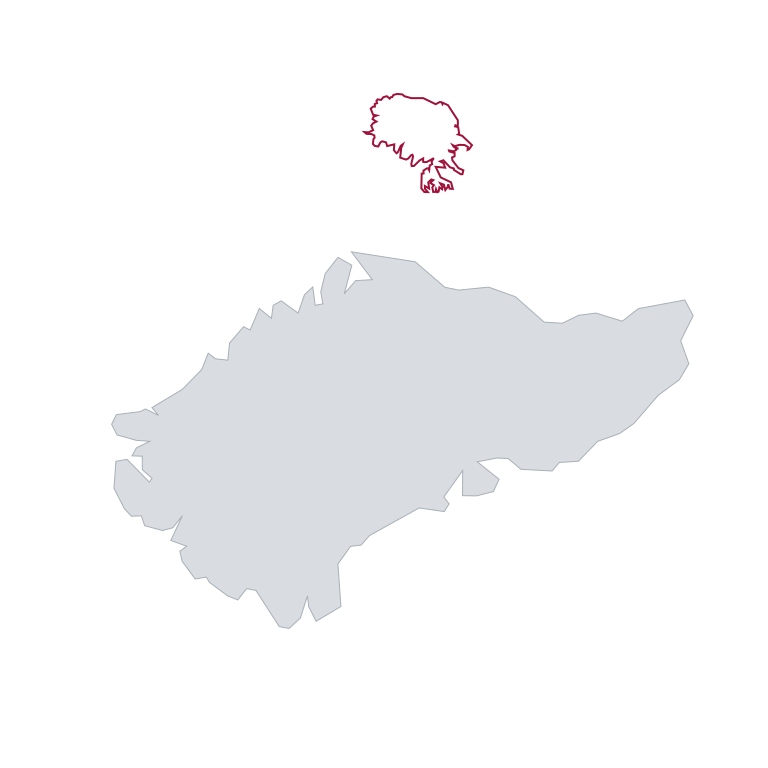 Iceland highlighted among its neighbors, rotated 225°
{"feature_id": "ISL", "entity_name": "Iceland", "entity_type": "country or territory", "adm_level": 0, "iso_a3": "ISL", "parent_name": "Europe", "parent_adm1": "", "projection": "orthographic", "projection_center": [-19.868, 64.966], "detail": "medium", "context": "with_neighbors", "style": "outline", "palette": "rose", "viewbox_px": 768, "rotation_deg": 225, "n_neighbors": 1, "source": "natural_earth", "source_scale": "50m", "svg_char_len": 3324}
<svg xmlns="http://www.w3.org/2000/svg" viewBox="0 0 768 768"><g transform="rotate(225 384 384)"><path d="M437.0,123.8L453.0,114.6L462.4,119.2L469.1,111.9L479.5,112.3L501.2,119.3L518.9,139.8L512.4,149.0L480.6,148.7L481.4,153.3L494.2,152.5L503.9,162.0L511.4,155.0L513.9,163.9L509.1,177.9L519.2,169.1L536.8,159.2L548.1,162.9L551.6,173.1L537.0,191.9L535.0,197.7L521.3,202.3L531.4,203.3L522.8,237.6L523.1,265.3L530.1,281.5L521.1,282.6L511.3,290.4L522.2,303.8L523.8,325.2L516.8,327.5L525.5,349.2L510.0,350.8L518.0,361.3L515.5,370.1L494.9,373.4L503.4,391.0L503.0,402.3L488.3,391.0L483.9,397.4L493.9,404.5L503.6,420.4L506.1,441.0L490.7,445.2L475.9,419.7L477.1,437.1L466.0,449.5L500.5,454.4L448.3,492.5L409.4,495.4L397.7,503.1L378.5,526.5L352.8,538.6L314.5,541.0L300.8,553.1L295.0,570.1L284.2,584.1L259.9,596.9L257.4,617.2L230.7,656.1L213.7,650.9L204.8,624.4L182.8,613.9L178.2,596.0L182.1,570.1L179.4,532.6L182.5,515.3L192.4,494.5L191.9,466.9L204.5,452.5L203.6,441.4L226.9,420.5L243.5,419.1L251.8,411.5L263.1,394.9L235.3,398.0L230.6,385.3L239.5,370.3L249.5,360.6L267.2,378.5L261.8,346.4L253.2,345.3L251.2,336.4L271.5,321.2L287.1,266.6L286.3,253.9L292.9,245.5L289.3,224.1L257.2,196.3L264.2,168.2L279.7,173.3L288.3,180.0L277.6,159.3L278.3,144.0L286.5,138.4L328.6,147.5L336.4,142.2L334.7,127.9L344.7,123.6L367.1,120.3L373.1,121.8L379.6,112.6L401.3,115.9L410.1,121.4L408.9,129.7L424.1,122.6L433.4,148.3L431.7,133.0L437.0,123.8Z" fill="#d9dde1" stroke="#a8b0b8" stroke-width="1"/><path d="M566.6,552.9L569.6,551.9L573.3,548.5L576.0,548.3L572.9,551.0L571.2,555.8L575.7,557.6L576.1,560.7L574.9,564.2L579.4,563.2L580.4,565.8L579.0,568.7L582.1,566.7L588.1,569.3L587.9,572.4L586.6,573.7L588.5,575.5L587.5,577.7L589.5,578.8L589.8,580.7L586.9,582.9L587.3,586.3L585.5,589.5L581.8,589.8L582.0,591.5L581.1,592.6L581.7,595.1L579.8,598.4L575.7,601.8L573.1,601.9L566.9,605.4L558.4,613.9L545.3,618.4L543.9,622.9L542.4,624.0L540.5,623.2L540.8,624.6L535.9,626.4L518.3,622.7L514.9,619.4L515.2,617.8L516.4,617.4L515.9,616.4L513.2,618.1L507.8,614.1L508.1,612.8L504.2,614.8L490.7,615.1L489.8,610.2L490.4,608.6L492.4,611.0L496.1,609.9L499.8,606.4L502.1,602.2L504.4,601.5L502.4,601.0L497.8,603.0L499.6,601.0L498.5,600.4L499.1,597.9L503.2,595.1L502.3,594.6L497.4,597.3L495.1,594.9L496.1,592.3L493.7,590.5L484.2,589.3L479.0,591.2L476.9,587.8L478.1,586.6L486.1,584.8L487.0,585.8L490.6,583.9L500.2,584.2L501.7,581.1L498.0,582.2L493.7,580.2L501.0,574.1L490.0,570.2L479.2,574.0L473.3,570.6L475.8,568.5L479.8,570.7L478.4,568.6L477.8,564.5L482.6,567.3L486.2,565.7L481.8,564.6L480.6,562.8L483.9,562.2L481.4,558.6L481.9,557.3L485.0,558.6L483.4,556.3L485.0,554.6L488.9,557.2L489.3,559.9L493.0,559.0L493.5,560.2L493.3,563.0L495.2,562.1L495.3,557.9L490.3,554.1L495.1,552.9L493.1,551.0L488.7,550.7L491.2,548.3L495.9,548.7L506.1,559.4L504.9,560.9L507.0,562.8L506.2,566.7L505.3,567.8L503.2,567.1L506.2,570.9L505.4,573.5L507.6,574.9L508.5,578.9L510.7,571.3L512.2,569.5L513.5,568.8L515.8,571.2L516.9,567.4L517.0,559.4L518.5,557.7L520.4,559.0L524.3,565.4L526.0,566.2L526.6,565.0L526.3,560.6L527.1,558.3L532.6,555.5L538.7,563.0L540.2,566.8L540.6,564.3L538.1,557.7L538.3,556.0L542.3,556.3L546.2,560.7L550.0,554.5L553.4,556.3L556.9,554.3L557.4,552.2L556.0,547.9L558.9,545.8L561.6,545.9L564.6,549.7L564.8,551.5L566.6,552.9Z" fill="none" stroke="#9f1239" stroke-width="2"/></g></svg>